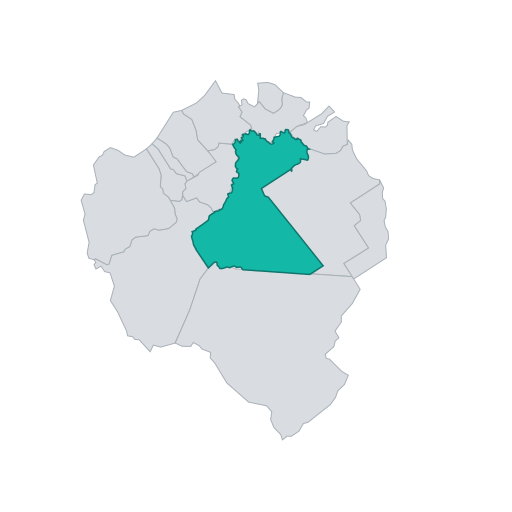 Mali shown with its bordering countries, rotated 147°
{"feature_id": "MLI", "entity_name": "Mali", "entity_type": "country or territory", "adm_level": 0, "iso_a3": "MLI", "parent_name": "Africa", "parent_adm1": "", "projection": "robinson", "projection_center": [-5.437, 17.569], "detail": "fine", "context": "with_neighbors", "style": "filled", "palette": "teal", "viewbox_px": 512, "rotation_deg": 147, "n_neighbors": 13, "source": "natural_earth", "source_scale": "50m", "svg_char_len": 11491}
<svg xmlns="http://www.w3.org/2000/svg" viewBox="0 0 512 512"><g transform="rotate(147 256 256)"><path d="M186.8,183.5L186.5,202.0L157.3,201.5L157.2,228.0L148.9,228.9L146.6,234.3L148.1,249.2L113.0,249.2L110.9,252.6L111.9,243.5L115.4,240.6L118.5,235.2L117.9,231.7L121.1,224.4L126.2,217.8L129.2,216.1L131.7,210.1L132.0,204.6L135.4,198.2L141.4,194.4L147.5,183.5L186.8,183.5Z" fill="#d9dde1" stroke="#a8b0b8" stroke-width="1"/><path d="M112.9,329.4L109.3,321.4L104.8,317.7L108.8,315.7L118.7,299.8L123.2,300.7L127.6,298.4L132.7,298.3L142.9,304.1L154.3,318.8L156.4,331.2L159.8,334.1L160.1,341.4L151.1,342.5L144.6,340.0L123.4,339.5L113.1,342.0L111.7,334.0L120.0,334.2L127.2,330.3L135.0,332.7L139.0,330.4L137.2,327.4L131.3,329.1L127.8,326.5L124.9,326.7L122.8,329.1L112.9,329.4Z" fill="#d9dde1" stroke="#a8b0b8" stroke-width="1"/><path d="M110.9,252.6L113.0,249.2L148.1,249.2L146.6,234.3L148.9,228.9L157.2,228.0L157.3,201.5L186.5,202.0L186.6,186.3L219.9,211.4L206.3,211.6L214.9,301.1L216.5,302.4L214.4,309.7L178.1,309.8L176.7,312.1L173.2,311.4L168.1,313.5L158.9,310.8L157.3,316.9L154.3,318.8L142.9,304.1L132.7,298.3L127.6,298.4L123.2,300.7L118.7,299.8L115.5,303.1L114.8,297.5L117.4,292.4L118.7,282.6L116.9,267.2L117.8,262.1L115.6,257.1L110.9,252.6Z" fill="#d9dde1" stroke="#a8b0b8" stroke-width="1"/><path d="M289.6,405.5L282.1,406.7L279.8,399.6L280.1,375.7L278.3,373.6L277.9,368.5L271.9,361.8L273.1,356.4L276.2,355.2L278.0,350.7L282.5,349.7L287.5,343.5L290.7,343.5L297.7,349.5L297.4,352.9L299.5,359.1L297.7,363.3L298.7,366.0L291.5,375.6L289.8,382.2L289.6,405.5Z" fill="#d9dde1" stroke="#a8b0b8" stroke-width="1"/><path d="M396.9,233.3L399.6,249.4L403.1,252.1L403.3,255.4L407.2,259.0L405.4,263.5L402.5,284.5L402.4,298.0L391.2,307.8L387.6,321.4L391.4,325.3L391.5,331.9L397.3,332.2L396.5,337.1L394.0,337.6L393.7,340.9L392.1,341.2L385.7,329.8L383.6,329.4L376.6,335.2L364.6,331.6L362.0,333.0L356.6,332.7L351.3,337.1L346.7,337.4L335.6,332.0L331.4,334.6L326.7,334.4L323.3,330.5L314.1,326.6L304.4,327.8L302.0,330.1L300.8,336.0L298.3,340.2L297.7,349.5L290.7,343.5L287.5,343.5L284.4,346.6L284.6,339.5L274.1,337.1L273.8,332.1L268.6,325.3L267.4,320.6L268.1,315.6L273.9,315.2L277.2,311.5L297.6,309.0L298.3,302.6L303.1,295.7L302.8,271.8L315.4,267.1L341.0,246.8L371.2,227.0L385.5,231.5L390.7,237.2L396.9,233.3Z" fill="#d9dde1" stroke="#a8b0b8" stroke-width="1"/><path d="M289.6,405.5L289.8,382.2L291.5,375.6L298.7,366.0L297.7,363.3L299.5,359.1L297.4,352.9L298.3,340.2L300.8,336.0L302.0,330.1L304.4,327.8L314.1,326.6L323.3,330.5L326.7,334.4L331.4,334.6L335.6,332.0L346.7,337.4L351.3,337.1L356.6,332.7L362.0,333.0L364.6,331.6L376.6,335.2L383.6,329.4L385.7,329.8L392.1,341.2L393.7,340.9L397.4,345.1L396.0,350.4L388.5,358.4L381.3,380.0L376.5,384.3L372.3,398.0L366.1,401.5L360.9,397.2L357.4,397.4L352.1,403.5L349.4,403.6L342.8,420.9L333.4,424.6L329.9,424.1L326.4,426.4L319.1,426.2L314.1,419.7L311.1,412.2L304.6,405.4L289.6,405.5Z" fill="#d9dde1" stroke="#a8b0b8" stroke-width="1"/><path d="M273.1,356.4L271.9,361.8L277.9,368.5L278.3,373.6L280.1,375.7L279.8,399.6L282.1,406.7L274.7,408.9L270.2,398.7L269.5,393.5L271.5,384.2L269.2,380.4L268.3,364.7L264.4,359.4L265.1,356.1L273.1,356.4Z" fill="#d9dde1" stroke="#a8b0b8" stroke-width="1"/><path d="M265.1,356.1L264.4,359.4L268.3,364.7L269.2,380.4L271.5,384.2L269.5,393.5L270.2,398.7L274.7,408.9L247.1,421.6L239.0,418.6L239.4,414.5L235.4,405.6L237.8,393.9L241.6,385.2L237.9,362.6L238.1,356.7L265.1,356.1Z" fill="#d9dde1" stroke="#a8b0b8" stroke-width="1"/><path d="M189.9,365.4L202.5,365.3L204.1,362.2L208.4,361.3L209.8,365.7L215.6,362.9L225.4,370.7L228.6,368.1L232.9,367.7L239.1,370.4L241.6,385.2L237.8,393.9L235.4,405.6L239.4,414.5L239.0,418.6L222.6,416.8L211.7,418.6L194.5,425.1L195.8,411.2L186.4,403.3L188.4,398.7L187.5,393.7L187.9,390.7L189.4,390.7L189.2,384.2L193.5,381.5L189.2,368.9L189.9,365.4Z" fill="#d9dde1" stroke="#a8b0b8" stroke-width="1"/><path d="M140.2,339.9L151.1,342.5L160.1,341.4L160.6,345.2L164.4,343.8L172.3,347.6L180.0,342.5L181.8,342.8L188.6,352.3L186.4,358.3L188.3,357.3L189.4,358.5L188.9,361.6L191.7,364.6L189.9,365.4L189.2,368.9L193.5,381.5L189.2,384.2L189.4,390.7L185.4,390.4L183.5,394.6L180.9,394.6L179.1,392.3L179.7,388.2L175.9,381.8L169.1,383.8L168.1,374.3L163.6,366.2L156.3,366.2L151.6,368.4L149.0,373.5L144.1,378.1L136.6,367.9L132.0,364.5L129.7,357.6L127.1,355.9L131.2,350.9L133.9,351.1L139.8,347.9L139.0,344.5L140.2,339.9Z" fill="#d9dde1" stroke="#a8b0b8" stroke-width="1"/><path d="M144.1,378.1L149.0,373.5L151.6,368.4L156.3,366.2L163.6,366.2L168.1,374.3L169.1,383.8L171.6,383.2L163.2,393.7L160.5,400.0L151.5,395.1L146.8,389.5L144.1,378.1Z" fill="#d9dde1" stroke="#a8b0b8" stroke-width="1"/><path d="M215.6,362.9L215.0,356.8L217.5,352.4L217.3,348.9L224.5,340.3L225.9,333.2L228.3,330.7L232.7,332.1L236.5,330.0L237.8,327.3L244.8,322.7L246.5,319.4L255.0,315.1L260.0,313.7L262.2,315.6L268.1,315.6L267.4,320.6L268.6,325.3L273.8,332.1L274.1,337.1L284.6,339.5L284.4,346.6L282.5,349.7L278.0,350.7L276.2,355.2L273.1,356.4L260.9,355.3L257.9,357.0L238.1,356.7L239.1,370.4L232.9,367.7L228.6,368.1L225.4,370.7L215.6,362.9Z" fill="#d9dde1" stroke="#a8b0b8" stroke-width="1"/><path d="M186.6,186.3L186.8,171.3L201.1,163.7L217.1,159.3L220.4,154.1L230.7,150.0L231.0,142.3L236.0,141.4L240.0,137.6L251.4,135.9L252.9,131.8L250.6,129.6L246.9,112.4L243.5,105.7L251.7,100.1L261.0,98.3L266.4,94.0L274.5,90.9L303.1,88.2L307.5,89.7L315.4,85.7L324.6,85.6L328.1,88.0L334.0,87.4L332.5,92.7L334.4,102.5L332.7,111.0L327.6,116.8L328.7,124.6L341.8,137.5L349.6,165.3L348.9,189.0L349.9,195.5L346.5,199.8L352.0,207.4L352.5,211.8L355.8,217.6L359.9,215.7L367.1,220.5L371.2,227.0L341.0,246.8L315.4,267.1L302.8,271.8L292.8,272.8L292.6,266.2L282.8,261.5L280.6,256.7L186.6,186.3Z" fill="#d9dde1" stroke="#a8b0b8" stroke-width="1"/><path d="M161.2,341.8L161.3,341.0L160.7,340.4L160.7,340.2L160.7,339.5L161.0,337.9L161.0,337.3L161.2,336.2L160.9,335.7L160.8,335.3L160.3,334.7L159.8,333.8L159.7,333.1L159.5,332.6L159.0,331.8L158.7,331.6L157.9,331.5L157.8,331.8L157.5,332.2L157.3,332.3L156.8,331.8L156.7,331.4L156.7,331.0L156.1,330.3L155.3,329.0L155.4,328.0L155.9,327.4L156.1,327.0L156.1,326.5L155.9,325.9L155.6,325.5L155.7,324.5L155.6,323.1L155.2,322.4L154.8,321.9L154.2,321.3L153.7,320.5L153.9,319.3L154.1,318.5L153.3,316.8L154.9,317.5L155.1,317.3L155.6,316.9L156.4,316.0L157.0,314.9L157.3,313.5L157.4,312.3L157.7,311.3L158.1,310.4L158.8,309.5L159.5,308.9L160.4,308.3L160.8,308.4L161.6,309.3L163.4,311.1L164.9,312.5L165.4,313.3L165.9,313.3L166.6,311.9L167.4,310.8L167.7,310.5L168.7,310.3L169.5,310.3L170.3,310.3L171.6,310.5L172.2,310.7L172.8,310.9L174.5,311.0L176.2,310.7L177.8,310.3L179.0,310.1L179.1,309.6L179.0,308.9L179.2,308.4L179.6,307.9L179.9,307.8L180.0,309.4L180.4,309.6L181.5,309.7L183.2,309.7L185.0,309.7L186.9,309.7L188.7,309.7L190.6,309.7L192.4,309.7L194.3,309.7L196.1,309.7L198.0,309.7L199.8,309.7L201.7,309.7L203.5,309.7L205.4,309.7L207.2,309.7L209.1,309.7L210.9,309.7L212.8,309.7L214.7,309.7L215.2,306.7L215.7,303.9L216.0,301.6L214.7,299.9L213.6,298.6L213.4,296.1L213.1,293.5L212.9,290.9L212.6,288.4L212.3,285.8L212.1,283.2L211.8,280.6L211.6,278.0L211.3,275.5L211.1,272.9L210.8,270.3L210.6,267.7L210.3,265.2L210.0,262.6L209.8,260.0L209.5,257.4L209.3,254.8L209.0,252.3L208.8,249.7L208.5,247.1L208.3,244.5L208.0,241.9L207.8,239.4L207.5,236.8L207.3,234.2L207.0,231.6L206.8,229.1L206.5,226.5L206.3,223.9L206.0,221.3L205.8,218.7L205.5,216.2L205.3,213.6L205.0,211.2L207.8,211.2L210.7,211.2L213.5,211.2L217.7,211.2L220.8,211.2L223.6,213.2L226.0,215.1L229.0,217.3L231.9,219.5L234.8,221.7L237.7,223.9L240.7,226.2L243.6,228.4L246.6,230.6L249.5,232.8L252.4,235.0L255.4,237.3L258.3,239.5L261.3,241.7L264.3,243.9L267.2,246.2L270.2,248.4L273.1,250.6L274.5,251.6L274.6,252.0L274.7,252.8L274.6,253.8L274.7,254.5L275.1,255.1L275.8,255.6L278.7,257.2L278.9,257.6L279.0,258.3L279.4,259.1L280.0,259.6L280.7,259.9L281.6,260.2L284.2,260.4L284.8,260.8L285.9,262.3L286.5,262.6L288.3,263.1L289.5,263.3L290.1,263.5L291.2,263.9L292.4,264.6L293.1,265.2L293.1,265.4L293.1,265.9L293.1,267.6L293.4,268.5L293.6,269.1L293.6,269.5L293.3,269.8L293.1,270.1L292.9,270.6L292.6,271.2L292.3,271.8L292.4,272.3L292.9,272.6L293.7,273.2L294.3,273.5L294.6,273.5L295.0,273.5L295.3,273.4L297.5,272.9L299.6,272.5L302.4,271.9L302.4,273.7L302.5,276.4L302.5,279.5L302.6,282.3L302.6,285.5L302.7,288.1L302.7,291.1L302.8,294.2L302.5,294.5L302.4,296.2L302.4,298.5L301.8,300.8L300.9,302.5L300.6,304.1L300.3,305.1L300.0,305.6L299.9,306.2L299.7,307.0L299.4,307.6L299.2,307.9L298.2,308.2L296.5,309.8L296.4,311.2L294.4,310.8L292.4,310.4L292.1,310.5L291.9,310.6L291.8,311.3L289.0,311.4L286.6,311.5L283.6,311.6L281.5,311.7L278.9,311.9L276.4,312.0L274.8,313.5L273.4,315.0L273.2,315.0L271.2,315.3L268.6,315.1L267.3,315.1L266.7,315.2L266.6,315.8L264.7,315.0L262.5,314.2L261.0,314.7L260.7,314.6L260.5,314.2L259.8,314.0L258.6,314.1L257.8,314.4L256.4,315.5L255.4,316.5L255.1,316.7L253.7,317.3L251.1,318.7L249.6,319.8L249.3,320.0L248.6,320.2L247.6,320.2L246.8,320.5L246.0,323.2L245.5,323.5L242.4,322.4L241.8,322.5L241.2,322.9L239.5,324.5L238.6,325.7L238.2,327.4L238.2,328.0L238.2,328.5L237.9,328.9L237.5,329.0L237.1,329.0L235.7,328.6L235.2,328.8L235.0,329.6L235.1,331.4L234.8,332.7L233.9,333.1L233.2,333.6L232.7,333.7L232.3,333.6L229.7,331.7L228.9,331.4L227.9,331.6L227.0,332.4L226.6,332.9L226.1,333.5L225.4,334.4L225.6,335.1L226.0,335.9L226.4,336.8L226.3,337.7L224.0,339.0L224.2,339.4L224.6,339.9L224.6,340.9L224.5,342.5L224.1,343.0L223.5,343.6L223.1,344.4L222.7,344.7L222.1,345.2L221.2,345.6L219.6,346.0L218.4,346.3L217.9,346.6L217.2,347.1L216.7,347.7L216.6,348.4L216.7,349.2L216.9,349.9L217.1,350.4L217.2,350.9L217.1,352.4L216.6,354.2L216.2,355.0L215.5,355.4L214.9,355.9L215.1,357.0L215.2,358.7L215.0,360.0L215.0,360.8L214.7,361.7L214.6,362.3L214.3,362.1L213.0,362.2L211.6,362.7L211.2,363.0L211.1,363.5L210.8,363.8L210.3,364.2L209.9,364.7L209.2,364.6L208.4,364.3L208.0,364.0L208.0,363.8L208.3,363.4L208.5,362.9L208.5,362.6L208.2,361.8L208.0,360.9L208.1,360.5L207.9,359.3L207.8,359.2L206.9,359.5L206.5,359.6L206.3,359.7L206.3,360.0L206.5,360.8L206.4,360.9L205.8,360.9L205.1,360.6L204.3,359.9L204.1,360.1L204.0,360.7L203.9,361.4L204.1,362.6L203.9,363.1L203.4,363.0L202.6,363.0L202.0,363.1L201.6,363.2L201.3,363.6L201.2,364.1L201.4,364.6L201.4,364.9L201.2,365.1L200.9,365.2L200.7,365.2L200.1,364.6L199.4,364.4L197.8,364.0L197.6,363.2L197.3,363.2L196.9,362.7L196.6,362.1L196.3,362.2L196.0,362.3L195.1,362.3L194.3,363.2L193.7,364.2L193.0,364.8L192.3,365.0L192.1,365.0L192.2,364.3L192.1,363.8L191.9,363.4L189.9,362.2L189.6,361.7L189.3,360.3L189.0,358.9L189.1,358.1L189.2,357.4L189.2,356.9L188.9,356.4L188.3,356.0L187.7,355.8L186.9,356.4L186.5,356.5L186.1,356.4L185.9,356.2L186.0,356.0L186.8,354.5L187.3,353.9L187.8,353.4L188.1,353.2L188.4,352.8L188.4,352.5L188.3,352.3L187.7,352.1L186.8,351.4L186.4,351.3L186.0,351.0L185.5,349.9L185.4,349.7L184.9,349.6L184.5,349.4L184.6,348.0L184.6,346.8L183.7,344.8L183.4,343.6L183.0,342.4L182.6,341.8L181.9,341.3L181.0,341.0L180.2,340.9L179.6,341.0L179.4,341.1L179.4,341.4L179.8,342.2L179.9,342.6L179.9,343.0L179.7,343.3L179.3,343.3L178.5,343.6L177.6,344.1L177.0,344.5L176.4,345.5L176.1,345.7L175.5,345.5L173.7,344.8L172.3,344.1L171.3,343.8L170.8,344.0L170.5,344.1L169.6,344.5L168.5,346.1L168.2,346.6L167.7,347.0L167.4,347.0L167.1,346.8L167.1,346.7L166.5,345.6L165.9,344.4L165.4,343.8L164.7,343.8L164.2,344.2L163.6,345.0L162.8,345.7L162.4,345.9L162.0,345.8L161.0,344.9L160.3,344.2L160.2,343.9L160.4,343.4L160.7,342.7L161.0,342.0L161.2,341.8Z" fill="#14b8a6" stroke="#0f766e" stroke-width="1.5"/></g></svg>